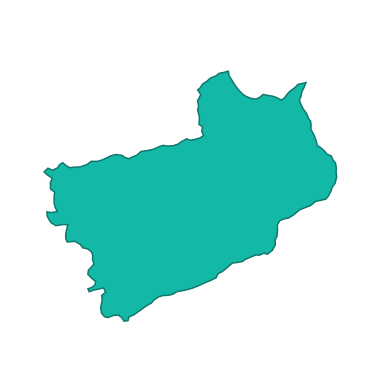 Palmeira d'Oeste, São Paulo, Brazil (Natural Earth projection), rotated 75°
{"feature_id": "56859067B94234705646326", "entity_name": "Palmeira d'Oeste", "entity_type": "district", "adm_level": 2, "iso_a3": "BRA", "parent_name": "Brazil", "parent_adm1": "São Paulo", "projection": "natural_earth1", "projection_center": [-50.754, -20.439], "detail": "fine", "context": "isolated", "style": "filled", "palette": "teal", "viewbox_px": 384, "rotation_deg": 75, "n_neighbors": 0, "source": "geoboundaries", "source_scale": "gbopen_adm2", "svg_char_len": 2585}
<svg xmlns="http://www.w3.org/2000/svg" viewBox="0 0 384 384"><g transform="rotate(75 192 192)"><path d="M100.3,158.3L105.2,163.0L110.5,163.3L114.2,165.3L117.8,165.4L121.9,165.5L128.5,167.8L131.7,165.0L135.9,166.9L140.5,166.2L141.9,170.6L142.0,176.2L141.5,180.8L139.2,183.3L140.5,188.8L142.2,193.4L142.4,198.4L141.2,204.0L139.5,207.6L139.6,211.4L140.7,217.6L140.5,223.3L139.7,230.9L142.2,235.7L142.7,240.5L143.4,244.5L141.5,247.7L138.5,250.1L136.0,256.1L136.1,261.5L137.1,266.1L137.8,270.7L137.9,275.5L136.3,281.3L138.3,286.4L138.8,293.6L137.5,299.4L136.9,303.8L133.7,307.0L130.2,309.3L131.4,312.9L133.9,315.6L134.9,321.2L131.7,325.0L134.3,329.7L137.8,327.5L142.7,323.4L146.1,326.3L152.6,327.9L156.6,324.7L160.4,326.3L167.2,328.1L172.1,328.0L176.0,327.2L175.5,333.2L173.6,337.3L178.0,338.1L181.4,337.3L185.1,336.1L189.3,332.2L190.1,324.5L191.5,320.4L195.8,322.9L200.1,324.9L204.7,326.1L208.0,325.4L209.3,318.1L213.5,313.6L217.7,311.9L219.9,307.5L223.8,304.6L227.7,304.2L231.3,305.6L236.0,305.4L238.5,308.6L240.6,312.2L244.4,313.9L249.0,311.4L253.7,308.2L256.9,310.1L258.3,313.8L258.6,317.6L261.8,317.1L261.3,312.8L261.5,308.8L261.8,302.2L266.4,301.4L268.5,306.0L272.8,306.6L276.5,308.4L280.1,310.1L285.5,310.8L289.9,308.8L291.6,305.6L290.9,300.2L291.7,295.2L295.1,292.4L299.3,291.0L299.6,287.0L296.4,285.4L295.5,279.6L293.9,275.5L292.4,271.3L290.0,265.2L288.7,259.9L286.6,256.9L284.7,251.9L284.5,246.7L285.6,241.7L285.8,237.0L284.3,232.1L284.7,228.3L285.0,223.7L285.1,218.9L284.8,214.4L284.0,208.8L283.0,203.0L282.3,197.0L281.1,191.0L277.6,187.9L276.7,183.4L274.9,179.3L272.6,174.6L271.1,171.4L271.8,166.5L272.2,161.3L270.8,157.6L270.1,152.3L269.3,146.7L270.5,142.9L269.6,138.5L271.6,135.3L269.1,129.5L264.7,125.2L259.8,124.1L256.8,121.4L251.0,119.3L245.9,118.1L242.4,114.7L241.8,110.0L242.1,105.4L240.4,99.8L237.0,92.4L236.4,87.0L235.8,81.2L233.1,75.0L233.4,69.3L233.5,64.7L231.3,61.4L227.2,57.5L223.7,55.4L220.6,51.5L214.7,48.3L210.2,47.7L205.9,46.3L201.0,45.9L197.8,47.5L193.2,48.1L190.5,51.7L187.2,53.1L182.2,56.4L179.5,59.0L174.6,58.8L168.2,59.5L162.3,60.9L157.9,59.6L154.2,59.1L151.2,60.5L145.8,61.0L140.2,63.2L134.6,64.3L130.7,64.3L127.8,61.9L124.0,60.2L120.2,56.9L115.8,53.6L115.7,57.9L115.5,61.6L117.8,65.6L119.9,71.1L122.4,75.0L125.1,78.4L126.3,81.8L122.6,86.0L120.4,89.2L118.2,94.0L116.2,98.1L118.2,102.2L118.8,106.3L116.5,111.3L113.5,115.2L110.7,117.7L105.4,120.6L100.5,122.7L95.7,124.1L89.1,126.1L84.7,125.6L84.7,130.7L84.4,135.1L86.1,138.9L86.6,144.3L88.8,148.9L90.6,154.0L93.3,156.9L94.9,160.1L100.3,158.3Z" fill="#14b8a6" stroke="#0f766e" stroke-width="1.5"/></g></svg>